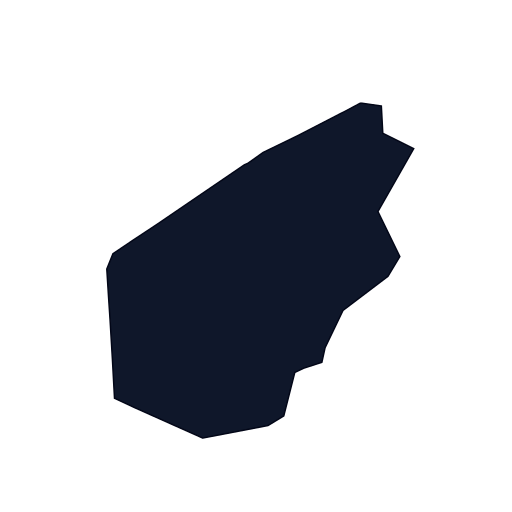 Pariang, Unity, South Sudan, rotated 294°
{"feature_id": "79223893B45292827901182", "entity_name": "Pariang", "entity_type": "district", "adm_level": 2, "iso_a3": "SSD", "parent_name": "South Sudan", "parent_adm1": "Unity", "projection": "albers", "projection_center": [30.206, 9.837], "detail": "fine", "context": "isolated", "style": "filled", "palette": "ink", "viewbox_px": 512, "rotation_deg": 294, "n_neighbors": 0, "source": "geoboundaries", "source_scale": "gbopen_adm2", "svg_char_len": 552}
<svg xmlns="http://www.w3.org/2000/svg" viewBox="0 0 512 512"><g transform="rotate(294 256 256)"><path d="M314.0,387.6L346.2,349.3L418.2,356.4L419.7,321.9L444.0,309.5L438.6,290.4L437.9,289.0L423.0,277.4L420.9,275.6L383.3,245.5L353.5,220.4L337.3,210.8L334.6,208.3L244.5,152.6L220.7,137.4L199.9,124.4L183.4,125.0L158.7,137.9L138.6,148.5L103.1,166.9L68.5,184.6L68.1,207.5L68.0,281.3L106.0,335.9L121.2,346.4L165.4,338.8L172.9,345.2L185.7,359.4L200.3,356.4L241.7,357.6L291.1,384.8L314.0,387.6Z" fill="#0f172a" stroke="#020617" stroke-width="1.5"/></g></svg>